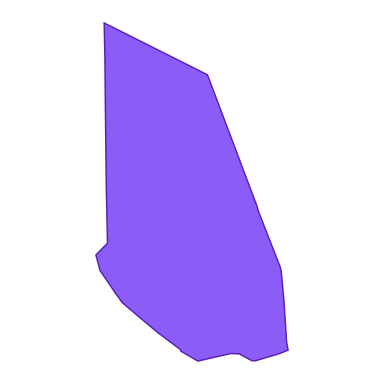 Reifi Shamal Ad Delta, Kassala, Sudan
{"feature_id": "16777658B72922457996803", "entity_name": "Reifi Shamal Ad Delta", "entity_type": "district", "adm_level": 2, "iso_a3": "SDN", "parent_name": "Sudan", "parent_adm1": "Kassala", "projection": "robinson", "projection_center": [35.98, 16.599], "detail": "fine", "context": "isolated", "style": "filled", "palette": "violet", "viewbox_px": 384, "rotation_deg": 0, "n_neighbors": 0, "source": "geoboundaries", "source_scale": "gbopen_adm2", "svg_char_len": 648}
<svg xmlns="http://www.w3.org/2000/svg" viewBox="0 0 384 384"><path d="M95.9,255.1L96.0,255.4L97.5,260.9L100.0,270.4L116.0,294.0L122.2,302.5L123.4,303.6L139.7,317.5L157.7,332.5L179.4,348.8L180.8,350.1L180.9,351.2L197.7,361.0L198.9,360.9L213.2,357.5L227.1,354.4L231.0,353.6L238.3,353.8L239.1,353.8L249.3,359.3L251.9,360.7L255.3,360.8L279.2,353.7L288.1,350.1L286.6,342.0L284.1,302.5L281.1,270.1L280.2,267.0L258.6,211.8L256.9,205.9L242.2,167.0L235.9,150.2L207.5,75.0L207.4,74.8L152.4,47.2L135.3,38.6L104.2,23.0L104.3,28.4L104.9,56.5L105.4,108.9L106.3,187.0L107.5,243.2L95.9,255.0L95.9,255.1Z" fill="#8b5cf6" stroke="#5b21b6" stroke-width="1.5"/></svg>